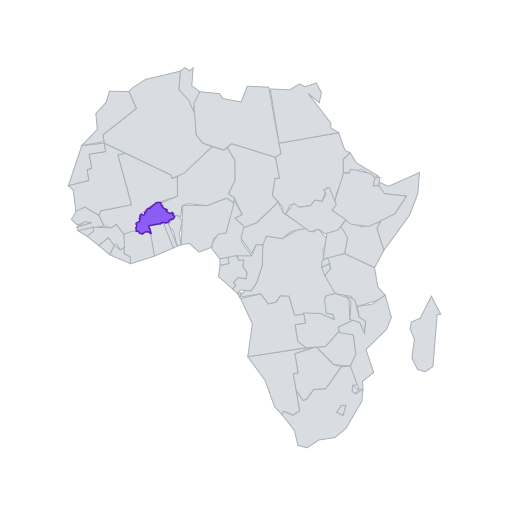 Burkina Faso on a map of Africa (Mercator projection), rotated 350°
{"feature_id": "BFA", "entity_name": "Burkina Faso", "entity_type": "country or territory", "adm_level": 0, "iso_a3": "BFA", "parent_name": "Africa", "parent_adm1": "", "projection": "mercator", "projection_center": [-1.603, 12.251], "detail": "fine", "context": "in_parent", "style": "filled", "palette": "violet", "viewbox_px": 512, "rotation_deg": 350, "n_neighbors": 49, "source": "natural_earth", "source_scale": "50m", "svg_char_len": 13034}
<svg xmlns="http://www.w3.org/2000/svg" viewBox="0 0 512 512"><g transform="rotate(350 256 256)"><path d="M343.6,268.9L370.7,288.0L370.6,307.6L376.4,317.0L372.3,320.1L347.0,323.3L342.8,312.4L327.5,306.8L321.8,297.4L320.3,287.1L327.5,281.2L325.8,269.9L343.6,268.9Z" fill="#d9dde1" stroke="#a8b0b8" stroke-width="1"/><path d="M126.2,118.5L126.1,127.2L109.4,126.9L109.5,141.3L104.8,141.8L104.5,152.6L83.4,154.3L103.6,117.0L126.2,118.5Z" fill="#d9dde1" stroke="#a8b0b8" stroke-width="1"/><path d="M320.3,287.1L327.5,306.8L317.2,307.8L315.4,324.7L321.7,326.7L322.2,332.4L309.2,323.8L283.6,321.0L281.5,301.4L273.1,299.6L267.6,305.0L259.7,305.4L253.9,294.1L232.7,293.7L240.0,287.1L245.0,289.5L252.2,282.1L260.6,266.2L265.2,242.6L269.9,238.3L284.9,243.5L301.5,237.2L310.3,237.3L315.7,242.2L322.2,240.6L329.7,252.8L323.1,261.0L320.3,287.1Z" fill="#d9dde1" stroke="#a8b0b8" stroke-width="1"/><path d="M382.9,272.7L379.8,249.8L385.6,242.4L400.1,238.5L414.5,223.1L393.6,217.0L387.8,209.8L390.8,205.1L398.3,210.4L431.5,202.2L426.2,222.7L414.3,242.5L382.9,272.7Z" fill="#d9dde1" stroke="#a8b0b8" stroke-width="1"/><path d="M370.7,288.0L343.6,268.9L349.4,254.3L344.2,242.3L350.8,235.9L365.2,245.7L384.2,244.0L379.8,249.8L382.9,272.7L370.7,288.0Z" fill="#d9dde1" stroke="#a8b0b8" stroke-width="1"/><path d="M296.0,221.9L292.1,219.6L290.3,218.2L290.8,212.3L282.5,199.3L288.1,183.0L292.5,183.3L292.3,159.8L298.2,159.8L298.2,148.9L358.8,148.9L361.9,167.3L366.6,170.6L358.7,176.2L355.7,194.2L345.4,209.5L344.0,219.6L337.7,201.0L330.6,213.7L323.7,211.2L318.4,215.9L307.1,215.5L298.5,211.3L292.5,219.9L296.0,221.9Z" fill="#d9dde1" stroke="#a8b0b8" stroke-width="1"/><path d="M292.2,162.1L292.5,183.3L288.1,183.0L282.5,199.3L287.3,206.8L262.2,223.6L248.5,226.1L241.8,215.1L249.5,212.8L245.0,195.4L239.6,189.9L248.4,177.9L251.7,157.7L246.3,144.1L251.5,141.1L292.2,162.1Z" fill="#d9dde1" stroke="#a8b0b8" stroke-width="1"/><path d="M254.0,416.5L256.4,413.6L264.8,419.2L272.1,415.8L272.1,394.7L277.2,406.4L280.8,405.8L289.5,397.5L301.6,398.7L320.8,379.8L329.8,380.7L333.6,392.4L333.1,400.8L329.0,400.1L327.2,405.9L330.2,409.0L338.2,405.9L335.0,417.5L314.6,441.4L302.2,448.5L285.8,448.1L273.0,453.8L264.3,449.7L263.6,434.7L254.0,416.5ZM318.5,418.7L313.9,418.1L308.4,424.1L314.0,428.0L318.5,418.7Z" fill="#d9dde1" stroke="#a8b0b8" stroke-width="1"/><path d="M318.5,418.7L314.0,428.0L308.4,424.1L313.9,418.1L318.5,418.7Z" fill="#d9dde1" stroke="#a8b0b8" stroke-width="1"/><path d="M329.8,380.7L313.6,376.5L299.5,356.1L308.6,357.2L325.1,344.2L338.2,350.7L337.3,370.0L329.8,380.7Z" fill="#d9dde1" stroke="#a8b0b8" stroke-width="1"/><path d="M320.8,379.8L301.6,398.7L289.5,397.5L280.8,405.8L277.2,406.4L272.1,394.7L272.1,378.5L277.1,378.3L277.3,358.9L299.5,356.1L313.6,376.5L320.8,379.8Z" fill="#d9dde1" stroke="#a8b0b8" stroke-width="1"/><path d="M272.1,378.5L272.1,415.8L264.8,419.2L256.4,413.6L254.0,416.5L248.2,407.9L243.3,379.9L230.4,353.8L298.6,355.3L277.3,358.9L277.1,378.3L272.1,378.5Z" fill="#d9dde1" stroke="#a8b0b8" stroke-width="1"/><path d="M85.1,194.0L80.5,188.0L88.2,178.9L96.1,178.1L108.3,188.6L111.7,200.0L85.3,200.3L84.5,196.3L99.8,194.5L85.1,194.0Z" fill="#d9dde1" stroke="#a8b0b8" stroke-width="1"/><path d="M111.7,200.0L108.3,188.6L110.9,184.5L142.2,183.9L137.5,132.4L145.4,132.3L186.6,161.5L186.6,164.9L192.3,164.4L189.1,183.6L165.1,186.7L150.0,194.6L142.9,210.8L129.5,211.7L123.9,200.7L118.6,203.2L111.7,200.0Z" fill="#d9dde1" stroke="#a8b0b8" stroke-width="1"/><path d="M83.4,154.3L104.5,152.6L104.8,141.8L109.5,141.3L109.4,126.9L126.1,127.2L126.2,118.5L145.4,132.3L137.5,132.4L142.2,183.9L110.9,184.5L108.3,188.6L96.1,178.1L86.4,180.6L87.4,159.3L83.4,154.3Z" fill="#d9dde1" stroke="#a8b0b8" stroke-width="1"/><path d="M184.2,232.0L180.0,232.6L179.0,217.3L174.4,210.3L185.0,201.1L189.9,208.9L184.4,220.5L184.2,232.0Z" fill="#d9dde1" stroke="#a8b0b8" stroke-width="1"/><path d="M246.3,144.1L251.7,157.7L248.4,177.9L239.6,189.9L245.0,195.4L242.9,199.8L237.3,194.0L216.5,198.0L198.3,192.6L191.5,194.3L188.9,204.1L175.7,197.9L172.4,187.0L189.1,183.6L192.3,164.4L231.8,140.7L242.7,146.1L246.3,144.1Z" fill="#d9dde1" stroke="#a8b0b8" stroke-width="1"/><path d="M184.2,232.0L192.8,193.2L216.5,198.0L237.3,194.0L244.9,201.9L230.5,228.3L217.6,231.1L213.9,239.7L200.6,242.3L192.6,232.0L184.2,232.0Z" fill="#d9dde1" stroke="#a8b0b8" stroke-width="1"/><path d="M244.5,197.8L249.5,212.8L241.8,215.1L249.3,224.7L244.4,239.9L251.9,255.2L219.8,252.4L213.8,241.1L215.2,236.0L222.2,228.0L230.5,228.3L244.5,197.8Z" fill="#d9dde1" stroke="#a8b0b8" stroke-width="1"/><path d="M175.1,207.6L180.0,232.6L175.9,233.7L170.2,209.1L175.1,207.6Z" fill="#d9dde1" stroke="#a8b0b8" stroke-width="1"/><path d="M170.6,207.5L175.9,233.7L155.9,238.5L155.5,207.7L170.6,207.5Z" fill="#d9dde1" stroke="#a8b0b8" stroke-width="1"/><path d="M129.5,211.7L138.8,210.0L156.1,214.6L155.9,238.5L131.1,241.8L131.8,234.9L126.6,231.0L129.5,211.7Z" fill="#d9dde1" stroke="#a8b0b8" stroke-width="1"/><path d="M100.5,199.3L118.6,203.2L123.9,200.7L129.5,211.7L128.2,224.7L123.5,226.6L120.7,220.3L116.9,221.3L113.7,212.5L102.9,218.4L93.2,207.3L100.5,199.3Z" fill="#d9dde1" stroke="#a8b0b8" stroke-width="1"/><path d="M85.3,200.3L100.5,199.3L100.3,203.3L93.2,207.3L85.3,200.3Z" fill="#d9dde1" stroke="#a8b0b8" stroke-width="1"/><path d="M127.4,224.7L126.6,231.0L131.8,234.9L131.1,241.8L112.1,229.3L118.3,221.0L123.5,226.6L127.4,224.7Z" fill="#d9dde1" stroke="#a8b0b8" stroke-width="1"/><path d="M102.9,218.4L113.7,212.5L118.3,221.0L112.1,229.3L102.9,218.4Z" fill="#d9dde1" stroke="#a8b0b8" stroke-width="1"/><path d="M310.3,237.3L295.2,237.9L284.9,243.5L269.9,238.3L264.7,246.2L258.0,245.0L252.3,252.5L244.3,236.2L248.5,226.1L262.2,223.6L287.3,206.8L290.3,218.2L310.3,237.3Z" fill="#d9dde1" stroke="#a8b0b8" stroke-width="1"/><path d="M264.7,246.2L260.6,266.2L252.2,282.1L245.0,289.5L234.9,286.8L231.3,289.8L227.2,284.4L231.0,281.6L229.1,278.2L234.7,274.0L242.0,276.7L244.2,270.9L241.2,263.9L243.4,258.0L238.3,257.4L237.3,252.5L251.9,255.2L258.0,245.0L264.7,246.2Z" fill="#d9dde1" stroke="#a8b0b8" stroke-width="1"/><path d="M228.1,252.5L236.6,252.2L238.3,257.4L243.4,258.0L241.2,263.9L244.2,270.9L242.0,276.7L234.7,274.0L229.1,278.2L231.0,281.6L227.2,284.4L215.4,269.7L219.0,258.9L228.1,258.7L228.1,252.5Z" fill="#d9dde1" stroke="#a8b0b8" stroke-width="1"/><path d="M219.8,252.4L228.1,252.5L228.1,258.7L219.0,258.9L219.8,252.4Z" fill="#d9dde1" stroke="#a8b0b8" stroke-width="1"/><path d="M327.5,306.8L340.2,313.7L337.4,334.8L340.1,336.1L324.6,340.5L325.1,344.2L308.6,357.2L289.0,355.0L282.3,347.3L282.5,330.5L293.1,330.6L292.6,320.2L309.2,323.8L322.2,332.4L321.7,326.7L315.4,324.7L315.8,311.1L318.6,307.2L327.5,306.8Z" fill="#d9dde1" stroke="#a8b0b8" stroke-width="1"/><path d="M337.8,311.4L345.6,316.2L347.0,334.1L352.7,339.5L349.4,351.1L346.5,339.5L337.4,334.8L341.5,318.1L337.8,311.4Z" fill="#d9dde1" stroke="#a8b0b8" stroke-width="1"/><path d="M347.0,323.3L361.9,323.6L376.4,317.0L378.7,339.9L372.0,350.7L348.1,367.2L351.6,391.1L339.1,398.0L338.2,405.9L334.3,405.8L329.8,380.7L337.3,370.0L338.2,350.7L325.4,346.2L324.6,340.5L340.1,336.1L346.5,339.5L349.4,351.1L352.7,339.5L347.0,334.1L347.0,323.3Z" fill="#d9dde1" stroke="#a8b0b8" stroke-width="1"/><path d="M334.3,405.8L330.2,409.0L327.2,405.9L329.0,400.1L334.3,405.8Z" fill="#d9dde1" stroke="#a8b0b8" stroke-width="1"/><path d="M231.3,289.8L235.0,289.6L232.7,293.7L231.3,289.8ZM233.4,295.3L253.9,294.1L259.7,305.4L267.6,305.0L273.1,299.6L281.5,301.4L283.6,321.0L293.1,321.8L293.1,330.6L282.5,330.5L282.3,347.3L289.0,355.0L230.4,353.8L240.7,322.1L233.4,295.3Z" fill="#d9dde1" stroke="#a8b0b8" stroke-width="1"/><path d="M326.1,276.4L327.5,281.2L320.3,287.1L318.7,278.6L326.1,276.4Z" fill="#d9dde1" stroke="#a8b0b8" stroke-width="1"/><path d="M421.7,326.0L427.8,345.3L424.2,345.3L411.0,395.7L402.4,399.4L395.4,395.9L391.8,383.6L397.6,365.3L395.0,354.4L397.5,348.0L407.0,345.7L421.7,326.0Z" fill="#d9dde1" stroke="#a8b0b8" stroke-width="1"/><path d="M84.5,196.3L93.5,192.5L99.8,194.5L84.5,196.3Z" fill="#d9dde1" stroke="#a8b0b8" stroke-width="1"/><path d="M218.9,101.5L208.9,78.7L213.5,60.8L219.1,58.2L222.5,62.2L226.8,59.8L222.3,77.2L229.2,84.5L218.9,101.5Z" fill="#d9dde1" stroke="#a8b0b8" stroke-width="1"/><path d="M126.2,118.5L126.2,110.1L163.8,89.9L159.4,72.0L164.3,68.6L178.0,62.9L213.5,60.8L208.9,78.7L216.7,90.8L220.6,106.7L218.1,126.0L223.1,135.6L231.8,140.7L199.5,162.0L186.6,164.9L186.6,161.5L126.2,118.5Z" fill="#d9dde1" stroke="#a8b0b8" stroke-width="1"/><path d="M356.5,189.6L358.7,176.2L366.6,170.6L371.0,181.7L390.5,198.7L386.8,199.5L374.9,189.1L356.5,189.6Z" fill="#d9dde1" stroke="#a8b0b8" stroke-width="1"/><path d="M103.6,117.0L121.7,103.7L123.0,88.0L135.2,78.6L140.2,68.3L159.4,72.0L163.8,89.9L126.2,110.1L126.2,117.0L103.6,117.0Z" fill="#d9dde1" stroke="#a8b0b8" stroke-width="1"/><path d="M358.8,148.9L298.2,148.9L299.0,94.0L318.1,98.2L328.7,94.1L333.7,97.8L345.5,96.1L348.8,106.3L344.9,116.1L335.5,104.8L352.8,138.2L351.9,142.8L358.8,148.9Z" fill="#d9dde1" stroke="#a8b0b8" stroke-width="1"/><path d="M297.8,92.0L298.2,159.8L292.2,162.1L251.5,141.1L242.7,146.1L223.1,135.6L218.1,126.0L221.3,95.2L229.2,84.5L248.4,89.8L250.7,95.2L268.0,101.8L277.0,87.2L297.8,92.0Z" fill="#d9dde1" stroke="#a8b0b8" stroke-width="1"/><path d="M414.5,223.1L400.1,238.5L372.5,246.6L355.2,241.3L338.8,224.2L356.5,189.6L362.5,190.7L364.1,186.8L382.9,194.7L386.8,199.5L383.7,207.3L388.9,207.9L393.6,217.0L414.5,223.1Z" fill="#d9dde1" stroke="#a8b0b8" stroke-width="1"/><path d="M386.8,199.5L391.7,200.3L388.9,207.9L383.7,207.3L386.8,199.5Z" fill="#d9dde1" stroke="#a8b0b8" stroke-width="1"/><path d="M343.6,268.9L321.6,270.9L330.1,244.7L344.2,242.3L346.6,245.9L349.4,254.3L343.6,268.9Z" fill="#d9dde1" stroke="#a8b0b8" stroke-width="1"/><path d="M325.8,269.9L327.6,275.8L318.7,278.6L320.1,272.3L325.8,269.9Z" fill="#d9dde1" stroke="#a8b0b8" stroke-width="1"/><path d="M328.0,246.1L322.2,240.6L313.4,241.5L292.5,219.9L302.2,210.6L307.1,215.5L318.4,215.9L323.7,211.2L330.6,213.7L336.0,207.1L334.3,202.5L340.1,201.4L344.0,219.6L338.8,224.2L350.8,235.9L341.0,244.7L328.0,246.1Z" fill="#d9dde1" stroke="#a8b0b8" stroke-width="1"/><path d="M175.1,207.6L173.8,207.6L173.3,207.8L173.0,207.8L173.0,207.7L171.3,207.2L170.1,206.9L169.0,206.7L168.9,206.9L168.7,207.1L168.3,207.1L168.2,207.3L168.0,207.5L167.7,207.6L167.4,207.8L167.2,207.9L166.9,207.6L166.6,207.6L165.9,207.6L165.6,207.5L165.2,207.5L164.2,207.6L162.7,207.4L162.4,207.5L160.8,207.6L159.1,207.6L157.7,207.6L156.4,207.6L156.0,207.6L155.7,209.0L155.6,209.7L155.8,210.1L156.0,210.4L156.2,210.5L156.3,210.7L156.1,210.9L156.1,211.1L156.3,211.3L156.4,211.5L156.3,212.3L156.5,213.2L156.5,213.8L156.3,214.1L156.4,214.5L156.7,215.2L156.7,215.4L156.6,215.6L156.4,215.7L156.1,215.7L155.8,215.3L155.7,215.2L155.4,214.8L155.2,214.4L155.0,214.2L154.7,214.0L154.4,213.5L154.0,213.3L153.7,213.4L153.2,213.3L152.2,213.1L151.1,213.2L150.7,213.3L150.3,213.5L149.1,213.9L148.7,214.1L148.4,214.6L148.0,214.6L147.6,214.4L147.4,214.2L146.9,214.2L146.4,214.0L145.9,213.6L145.6,213.4L145.1,213.1L145.0,212.5L144.7,212.1L144.5,211.5L144.1,211.2L143.6,211.1L143.0,211.1L142.6,210.9L142.3,210.5L142.4,210.2L142.5,209.8L142.5,209.4L142.6,208.7L142.6,207.9L142.5,207.3L142.8,207.1L143.2,206.9L143.4,206.5L143.7,205.6L143.8,204.8L143.7,204.5L143.6,204.3L143.5,204.0L143.4,203.6L143.5,203.2L143.8,202.9L144.2,202.6L144.4,202.5L145.1,202.4L146.0,202.2L146.5,201.9L146.9,201.7L147.1,201.5L147.3,201.2L147.6,200.9L147.9,200.6L147.9,199.8L147.9,199.3L147.7,199.0L147.6,198.8L148.9,198.2L148.9,197.7L148.7,197.2L148.5,196.8L148.4,196.5L148.8,196.1L149.1,195.8L149.3,195.5L149.8,195.1L150.3,195.0L150.8,195.1L152.2,196.1L152.5,196.2L152.8,196.1L153.2,195.8L153.6,195.6L153.8,195.0L153.8,194.1L153.9,193.7L154.2,193.6L155.0,193.8L155.4,193.7L155.6,193.5L155.6,193.2L155.8,192.1L156.3,191.5L157.3,190.7L157.6,190.5L158.0,190.4L159.7,191.0L160.0,190.8L160.4,189.5L160.9,189.3L161.5,189.3L161.8,189.2L162.0,189.1L162.9,188.6L164.3,187.8L165.1,187.5L165.3,187.4L165.9,186.9L166.6,186.3L167.1,186.2L167.8,186.2L168.2,186.3L168.3,186.4L168.4,186.5L169.3,186.3L170.5,186.7L171.6,187.1L171.5,187.3L171.5,187.7L171.4,188.4L171.3,189.2L171.8,189.8L172.3,190.3L172.5,190.6L172.3,191.1L172.4,191.5L172.7,192.0L173.2,192.7L173.7,193.4L174.0,193.5L174.3,193.6L174.5,193.7L174.8,193.8L175.1,193.9L175.3,194.1L175.5,194.2L175.7,194.7L176.2,194.9L176.6,195.2L176.5,195.4L176.0,195.3L175.5,195.2L175.5,195.4L175.5,196.2L175.5,196.9L175.6,197.0L176.1,197.1L177.2,198.0L178.2,198.8L178.5,199.0L179.0,199.1L179.6,199.1L179.9,199.1L180.5,198.6L180.8,198.6L181.1,198.6L181.5,199.0L181.8,199.5L181.9,199.9L181.8,200.1L181.3,200.3L181.1,200.4L181.0,200.5L181.2,200.9L181.7,201.6L182.5,202.6L182.7,202.9L182.6,203.2L182.2,204.0L181.9,204.3L180.6,205.4L180.0,205.2L178.7,205.5L178.5,205.2L178.2,205.2L177.8,205.2L177.6,205.3L177.5,205.6L177.2,206.0L176.8,206.2L176.5,206.2L176.4,206.2L176.3,206.5L176.1,206.7L176.0,206.9L176.0,207.2L175.9,207.2L175.7,207.2L175.4,207.4L175.2,207.6L175.1,207.6Z" fill="#8b5cf6" stroke="#5b21b6" stroke-width="1.5"/></g></svg>